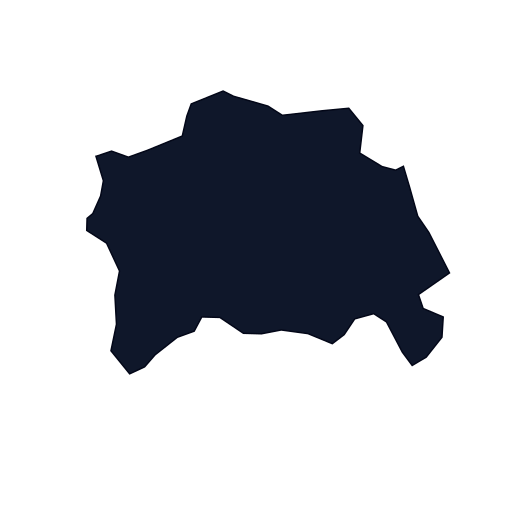 Norberg, Västmanland, Sweden, rotated 335°
{"feature_id": "70781695B94571539406434", "entity_name": "Norberg", "entity_type": "district", "adm_level": 2, "iso_a3": "SWE", "parent_name": "Sweden", "parent_adm1": "Västmanland", "projection": "mercator", "projection_center": [15.975, 60.085], "detail": "fine", "context": "isolated", "style": "filled", "palette": "ink", "viewbox_px": 512, "rotation_deg": 335, "n_neighbors": 0, "source": "geoboundaries", "source_scale": "gbopen_adm2", "svg_char_len": 869}
<svg xmlns="http://www.w3.org/2000/svg" viewBox="0 0 512 512"><g transform="rotate(335 256 256)"><path d="M91.7,309.4L108.2,309.4L122.8,302.9L150.3,296.4L168.2,298.0L181.1,288.3L197.3,296.4L211.9,320.7L228.1,328.8L247.6,333.7L270.3,348.3L288.1,367.7L302.7,364.5L318.9,354.7L338.3,358.0L346.4,370.9L348.0,405.0L351.3,421.2L359.1,420.4L367.5,419.6L390.2,408.2L399.9,390.4L385.3,374.2L386.9,359.6L424.2,353.1L422.6,307.7L419.4,288.3L424.2,259.1L427.5,237.0L418.8,237.2L408.0,228.2L393.5,206.5L408.0,183.0L402.5,161.3L377.2,152.3L339.3,139.6L330.2,125.2L303.1,101.7L298.0,95.2L295.9,92.6L261.6,90.8L252.5,99.9L239.9,116.1L201.9,114.3L182.1,112.5L169.4,99.9L153.5,98.1L153.1,98.0L149.5,123.3L140.5,136.0L126.0,148.6L118.8,150.5L113.4,161.3L126.0,181.2L126.0,211.9L111.6,231.8L100.7,258.9L84.5,280.6L91.7,309.4Z" fill="#0f172a" stroke="#020617" stroke-width="1.5"/></g></svg>